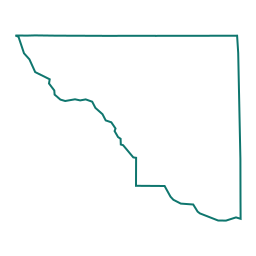 Woods, Oklahoma, United States of America (orthographic projection)
{"feature_id": "52423323B10893582659476", "entity_name": "Woods", "entity_type": "district", "adm_level": 2, "iso_a3": "USA", "parent_name": "United States of America", "parent_adm1": "Oklahoma", "projection": "orthographic", "projection_center": [-98.992, 36.696], "detail": "fine", "context": "isolated", "style": "outline", "palette": "teal", "viewbox_px": 256, "rotation_deg": 0, "n_neighbors": 0, "source": "geoboundaries", "source_scale": "gbopen_adm2", "svg_char_len": 826}
<svg xmlns="http://www.w3.org/2000/svg" viewBox="0 0 256 256"><path d="M54.3,90.5L54.6,94.6L60.4,99.6L65.2,101.0L75.0,99.3L80.2,100.4L85.7,99.4L92.2,101.7L95.4,107.9L102.5,114.2L105.7,120.4L111.3,122.3L115.5,128.5L114.6,131.1L118.0,137.0L120.6,138.8L120.8,144.5L123.1,145.2L133.3,157.4L136.1,157.8L136.0,185.8L164.6,186.0L170.5,196.7L173.4,199.8L180.8,203.6L193.2,204.5L197.6,211.6L199.9,213.4L218.1,220.5L226.0,220.6L236.0,217.4L240.6,218.8L240.5,198.8L240.4,159.0L238.2,53.0L237.1,35.7L195.8,35.8L194.8,35.8L184.3,35.8L176.9,35.8L176.5,35.8L175.6,35.8L158.1,35.8L155.5,35.9L155.4,35.8L127.7,35.8L126.2,35.8L119.2,35.8L114.2,35.9L95.9,35.8L94.8,35.8L66.0,35.7L58.8,35.7L35.0,35.4L27.3,35.6L15.4,35.5L18.5,36.8L24.0,53.3L29.4,59.3L35.2,72.1L49.7,79.3L49.0,83.5L54.3,90.5Z" fill="none" stroke="#0f766e" stroke-width="2"/></svg>